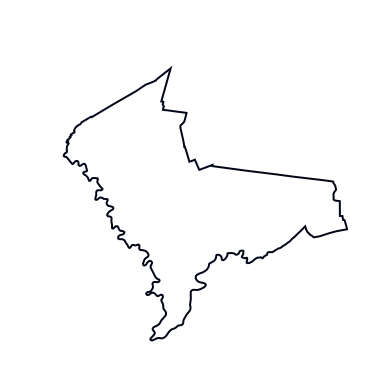 outline of Hong Dan, Bạc Liêu, Vietnam, rotated 234°
{"feature_id": "81297802B80223312825495", "entity_name": "Hong Dan", "entity_type": "district", "adm_level": 2, "iso_a3": "VNM", "parent_name": "Vietnam", "parent_adm1": "Bạc Liêu", "projection": "robinson", "projection_center": [105.381, 9.509], "detail": "fine", "context": "isolated", "style": "outline", "palette": "ink", "viewbox_px": 384, "rotation_deg": 234, "n_neighbors": 0, "source": "geoboundaries", "source_scale": "gbopen_adm2", "svg_char_len": 6043}
<svg xmlns="http://www.w3.org/2000/svg" viewBox="0 0 384 384"><g transform="rotate(234 192 192)"><path d="M97.5,71.8L96.6,71.6L95.9,71.9L95.4,72.5L95.0,73.5L94.1,78.1L93.3,79.5L91.6,81.2L91.0,82.3L90.7,83.4L90.6,85.0L90.8,86.6L92.4,91.2L92.8,93.8L92.7,95.1L91.9,97.9L91.8,99.2L92.0,101.4L91.9,102.5L90.6,105.3L90.5,105.9L90.5,106.7L91.2,107.9L93.0,109.5L93.8,110.7L96.1,115.8L97.1,120.0L98.1,121.8L99.4,122.9L101.3,123.8L102.2,124.4L106.3,128.3L110.7,131.3L111.8,132.2L112.3,132.9L112.5,134.3L112.2,135.4L111.1,136.9L110.3,137.7L109.4,139.1L108.5,141.6L108.0,144.6L107.9,146.3L108.0,147.2L108.3,148.1L108.7,148.5L109.3,148.8L110.2,148.7L112.0,147.4L114.6,145.2L115.8,144.5L116.7,144.2L118.1,144.0L120.0,144.3L120.9,144.9L121.6,145.7L122.0,146.7L122.0,147.9L121.6,150.5L120.8,152.8L120.6,153.9L120.4,156.2L120.5,158.5L121.2,160.5L121.8,161.6L123.9,163.9L123.3,168.8L123.4,169.7L123.6,170.9L124.7,172.8L126.1,174.0L126.5,174.6L126.6,175.0L126.0,176.1L125.3,176.8L123.9,177.5L122.9,177.7L122.1,177.6L121.1,177.2L119.6,176.3L119.2,176.5L118.4,177.4L118.3,179.1L119.0,181.6L119.8,183.1L121.3,184.5L121.4,184.9L120.3,186.8L118.9,188.7L117.4,190.0L115.8,190.5L115.1,191.0L114.8,192.2L114.8,193.5L115.0,194.2L115.9,195.5L116.0,196.0L115.6,197.4L114.8,198.6L114.1,198.9L112.8,198.0L111.3,196.4L110.7,194.7L110.3,194.2L109.8,194.2L108.9,194.6L107.5,195.7L107.1,196.1L106.8,197.4L106.5,197.7L106.0,197.7L105.0,197.0L103.8,195.7L102.7,194.7L102.4,194.7L101.8,195.1L101.1,196.2L100.7,197.3L100.4,200.0L100.4,200.8L100.7,202.3L100.5,206.0L100.2,206.8L99.5,207.6L98.7,209.3L98.4,209.6L97.3,209.8L96.9,210.3L97.1,211.5L97.5,212.3L97.1,215.9L98.0,216.5L98.4,217.4L98.5,218.1L97.9,219.2L96.1,221.7L95.6,228.3L94.9,230.3L94.7,232.0L94.9,233.8L94.5,237.1L94.7,238.6L94.6,242.0L95.3,245.8L95.4,248.6L96.2,253.6L96.6,257.0L97.7,263.4L94.5,262.3L91.7,261.9L90.2,262.1L89.3,262.5L88.5,262.2L85.5,263.5L83.8,263.8L81.1,269.3L78.0,278.9L75.2,286.2L70.7,295.5L71.7,296.0L79.5,298.9L79.9,298.8L80.6,297.8L84.1,299.6L85.7,297.6L97.7,306.2L100.7,303.0L102.0,302.3L102.8,302.2L105.1,303.9L106.1,304.4L107.2,305.3L108.4,307.2L109.0,309.4L109.3,310.0L113.0,311.6L116.3,311.7L116.6,311.8L117.4,312.4L123.2,306.4L145.6,282.2L156.0,271.3L177.0,248.8L197.8,227.0L201.0,223.7L201.9,224.5L205.6,210.9L216.5,213.3L216.9,211.3L218.0,207.7L226.4,210.7L232.8,212.8L233.2,212.3L233.8,212.8L238.3,215.0L250.2,220.1L251.8,221.0L252.2,221.3L252.5,221.8L253.1,225.7L253.5,227.0L254.9,229.0L259.2,234.1L275.6,216.8L276.5,217.7L277.4,219.2L278.1,219.6L280.1,219.8L281.6,221.8L282.1,221.7L283.3,220.4L304.6,247.4L303.9,229.6L303.8,229.0L303.4,228.5L303.6,227.8L304.2,224.4L306.0,217.9L306.3,212.3L306.3,209.3L306.5,205.7L309.2,180.3L311.5,154.8L312.2,154.7L313.3,143.8L312.5,141.5L312.6,140.5L313.0,139.8L312.7,138.3L312.9,137.3L312.4,135.2L311.1,132.7L310.2,132.6L309.9,132.2L309.5,132.1L309.3,131.2L309.7,130.5L309.5,129.7L309.7,129.1L309.7,128.0L309.0,127.9L309.2,127.2L308.5,126.7L308.4,125.9L307.9,126.1L307.7,126.0L307.7,125.7L308.1,125.3L307.5,124.7L307.4,124.3L307.5,123.5L307.0,123.0L307.3,122.5L307.2,121.4L306.2,121.3L306.4,120.8L306.0,120.4L306.2,120.0L306.1,119.8L305.3,119.8L305.1,120.4L304.6,120.8L303.9,120.8L303.6,120.5L302.5,117.8L300.8,116.2L298.5,114.8L297.9,114.3L297.8,113.6L297.9,111.7L297.5,110.5L296.8,109.6L296.3,109.3L295.5,109.6L294.5,110.8L293.6,111.1L285.8,111.5L284.9,111.8L284.8,112.2L284.9,113.6L285.4,115.8L285.2,116.5L284.7,117.2L284.3,117.6L283.1,117.7L280.6,116.2L280.2,116.2L279.1,116.5L278.7,117.6L278.7,120.4L278.3,121.2L277.6,121.7L276.7,121.8L275.9,121.6L270.9,119.7L270.7,119.1L270.8,118.6L271.5,117.0L271.7,115.9L271.2,115.1L270.7,114.9L270.0,114.9L267.6,115.9L265.4,116.2L263.9,116.0L261.8,115.3L261.3,115.5L261.1,116.0L261.0,116.5L261.7,118.6L261.8,119.2L261.6,119.9L260.3,121.8L259.1,123.1L258.3,123.6L257.7,123.4L256.4,121.8L255.5,121.2L254.3,121.0L250.1,121.0L247.9,121.4L247.0,121.4L246.7,120.1L247.0,119.2L248.8,116.8L249.0,116.0L248.7,115.2L248.1,114.3L246.0,112.9L243.9,110.4L243.1,109.6L242.3,109.6L241.8,110.1L241.6,110.7L241.6,114.3L240.8,115.4L239.6,116.1L238.3,116.6L236.2,119.1L235.6,119.3L235.0,119.1L233.6,116.7L232.5,116.1L231.5,115.9L230.6,116.0L229.5,116.6L227.3,118.5L226.1,119.1L225.3,119.0L224.8,118.6L224.5,117.7L224.8,114.0L224.5,112.1L223.7,110.3L223.0,109.7L221.9,109.8L219.9,111.5L219.1,111.8L218.1,111.6L216.6,110.2L214.9,109.1L213.0,108.3L211.6,107.5L210.4,106.5L209.6,106.1L209.2,106.2L208.8,106.6L208.7,107.3L209.0,108.9L209.0,110.5L207.8,111.6L203.6,111.0L202.7,111.3L201.4,112.7L200.0,113.6L199.2,113.7L198.5,112.8L198.2,111.8L199.5,108.1L199.3,106.4L198.4,105.3L197.4,105.0L196.7,105.4L194.7,108.0L192.5,109.0L190.1,108.7L187.4,108.6L185.1,108.3L184.0,108.3L183.6,108.5L183.3,108.9L183.4,109.7L184.2,111.9L184.2,112.5L183.9,113.1L182.1,114.7L181.7,115.4L181.4,116.9L180.9,117.8L179.9,118.1L178.8,117.4L177.7,116.2L176.6,115.9L175.7,116.0L173.1,118.7L171.2,119.9L168.6,120.4L166.5,119.8L165.6,118.6L165.7,115.9L165.4,114.0L163.2,110.8L162.6,110.0L162.0,109.8L160.9,109.9L160.4,110.4L160.2,111.7L160.3,112.3L161.0,113.9L161.4,115.4L161.2,117.1L160.8,117.7L159.8,118.3L158.8,118.3L158.3,118.1L157.7,117.5L156.5,115.1L155.7,114.5L154.8,114.0L151.0,113.5L145.3,112.5L143.9,112.5L142.3,112.8L140.5,113.9L139.9,113.9L139.3,113.6L138.9,112.8L139.2,111.5L139.5,110.8L141.3,108.8L141.6,108.0L141.6,107.1L141.2,106.4L140.9,106.0L138.1,104.7L137.3,103.7L136.7,102.4L136.2,101.2L136.1,100.0L136.3,98.8L137.2,97.1L137.2,96.6L137.0,95.6L136.6,95.1L136.1,95.0L135.4,95.1L134.7,95.6L134.4,96.0L134.2,96.8L134.2,99.9L133.4,101.4L131.7,102.3L129.0,102.5L128.1,102.9L127.9,103.2L127.5,104.2L127.4,105.7L127.0,106.7L126.5,107.1L125.8,107.5L125.0,107.3L124.0,106.6L123.6,106.1L122.9,104.0L121.8,103.2L118.6,102.7L117.4,102.2L115.3,100.8L114.2,100.3L111.0,100.3L110.0,100.2L109.0,99.6L108.2,99.0L107.5,97.6L106.1,91.5L104.9,89.3L104.4,87.7L104.4,84.9L105.1,82.3L105.0,81.1L104.8,80.4L104.5,79.8L103.3,79.2L101.6,79.4L100.5,79.3L100.1,79.2L99.4,78.7L98.9,77.7L97.8,72.4L97.5,71.8Z" fill="none" stroke="#020617" stroke-width="2"/></g></svg>